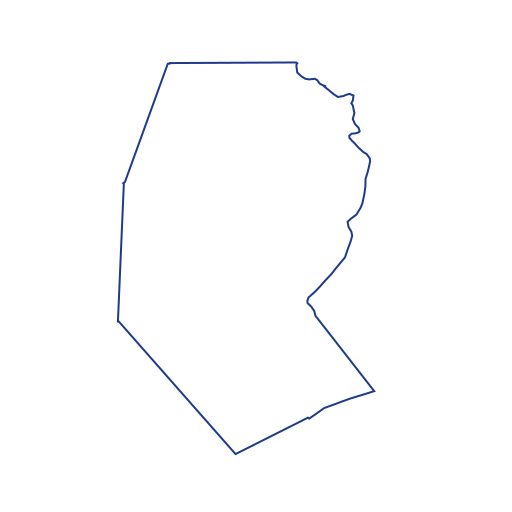 Trou Cochon/Marc, Castries, Saint Lucia, rotated 13°
{"feature_id": "8701671B11660104738059", "entity_name": "Trou Cochon/Marc", "entity_type": "district", "adm_level": 2, "iso_a3": "LCA", "parent_name": "Saint Lucia", "parent_adm1": "Castries", "projection": "albers", "projection_center": [-60.959, 13.942], "detail": "fine", "context": "isolated", "style": "outline", "palette": "blue", "viewbox_px": 512, "rotation_deg": 13, "n_neighbors": 0, "source": "geoboundaries", "source_scale": "gbopen_adm2", "svg_char_len": 1296}
<svg xmlns="http://www.w3.org/2000/svg" viewBox="0 0 512 512"><g transform="rotate(13 256 256)"><path d="M401.6,361.1L327.3,300.8L325.2,296.6L321.4,293.0L317.0,290.4L316.1,288.4L316.5,284.6L321.8,277.1L325.0,271.7L329.0,264.3L333.5,256.7L336.5,250.2L340.4,242.5L343.0,237.4L343.8,229.3L344.9,220.5L345.2,214.6L343.4,210.8L339.6,206.8L337.5,202.0L340.5,197.8L344.5,193.1L346.9,186.0L347.8,181.0L347.7,172.5L347.1,164.6L346.4,161.2L345.4,156.2L345.9,149.7L346.0,145.2L345.9,138.2L344.9,135.3L340.8,131.7L337.2,130.6L331.5,127.4L326.6,123.9L323.7,122.2L320.5,119.9L319.8,117.8L321.7,115.3L325.4,114.1L328.3,112.4L328.9,111.0L327.0,107.9L322.8,105.2L319.5,100.8L319.7,94.6L316.5,87.7L314.5,85.6L315.4,82.9L314.9,77.7L310.6,77.0L307.7,78.6L305.2,80.5L300.0,82.6L295.3,80.9L289.8,78.1L286.3,76.4L284.5,75.5L286.1,75.1L281.9,74.4L279.3,73.7L279.0,73.4L276.1,70.9L273.6,70.1L270.2,71.2L268.1,72.0L264.0,72.2L259.6,70.6L254.9,67.9L253.4,63.9L252.6,61.8L252.4,59.8L252.8,58.9L252.4,58.8L251.5,58.4L128.6,87.4L128.7,87.9L126.8,88.5L117.0,169.5L111.7,213.2L110.4,214.8L110.9,214.9L136.2,350.9L137.2,350.8L280.6,453.6L343.0,401.8L343.6,402.1L344.4,402.5L356.8,388.7L367.8,381.6L372.1,378.7L373.1,378.1L378.9,374.3L386.8,369.7L398.7,362.8L401.6,361.1Z" fill="none" stroke="#1e3a8a" stroke-width="2"/></g></svg>